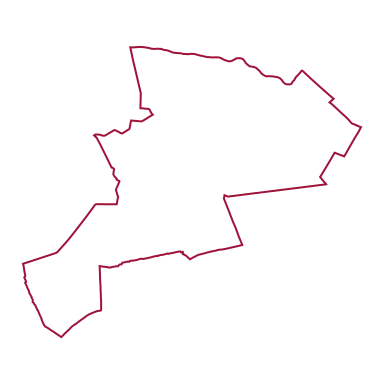 the district of Boldur, Timis, Romania
{"feature_id": "2599482B65945802034893", "entity_name": "Boldur", "entity_type": "district", "adm_level": 2, "iso_a3": "ROU", "parent_name": "Romania", "parent_adm1": "Timis", "projection": "equal_earth", "projection_center": [21.738, 45.676], "detail": "fine", "context": "isolated", "style": "outline", "palette": "rose", "viewbox_px": 384, "rotation_deg": 0, "n_neighbors": 0, "source": "geoboundaries", "source_scale": "gbopen_adm2", "svg_char_len": 5724}
<svg xmlns="http://www.w3.org/2000/svg" viewBox="0 0 384 384"><path d="M300.6,187.5L326.1,184.3L325.7,183.7L325.6,183.4L324.0,181.8L322.6,180.1L320.1,176.9L320.6,176.3L325.3,168.5L327.7,164.5L330.1,160.5L334.6,152.7L344.2,156.4L346.0,153.3L350.8,144.9L353.2,140.7L355.5,136.7L357.0,134.4L358.3,132.3L361.0,127.2L356.6,125.5L356.6,125.3L351.6,123.3L348.3,119.4L346.1,117.2L343.3,114.7L338.4,110.2L336.1,108.0L331.6,103.9L329.5,102.4L333.6,98.8L327.6,93.6L319.0,86.0L310.3,78.1L304.9,73.0L302.4,70.7L301.6,70.7L300.6,72.1L298.3,74.7L295.7,77.4L295.2,78.3L294.4,79.9L292.5,81.9L291.6,83.6L291.1,84.0L290.3,84.3L289.2,84.4L287.1,84.3L286.0,84.2L284.8,83.5L284.3,83.1L283.3,82.2L282.0,80.3L280.9,79.1L279.8,78.2L278.2,77.4L276.7,77.0L272.6,76.4L268.3,76.1L267.7,76.3L266.5,76.2L266.1,76.3L265.8,76.2L265.6,76.1L264.6,75.6L263.4,74.9L263.0,74.7L262.8,74.5L261.7,73.6L261.2,73.2L260.6,72.4L260.4,72.1L260.3,71.9L260.1,71.6L259.8,71.2L258.2,69.8L256.8,68.4L256.6,68.2L255.0,67.4L254.5,67.2L252.4,66.7L250.4,66.4L249.7,66.3L249.4,66.1L249.1,65.9L246.8,64.0L246.3,63.5L245.6,62.8L245.1,61.9L244.4,61.0L244.2,60.5L244.0,60.3L243.1,59.3L242.6,59.0L242.3,58.8L241.7,58.6L240.6,58.3L239.0,58.2L238.0,58.2L236.8,58.3L235.5,58.9L234.6,59.3L234.3,59.6L232.6,60.5L232.0,60.8L230.4,61.2L229.3,61.3L228.9,61.3L228.0,61.1L224.9,60.1L222.9,59.2L221.5,58.4L221.0,58.1L220.0,57.7L219.5,57.6L218.6,57.4L217.2,57.3L214.9,57.3L213.1,57.4L212.3,57.4L211.9,57.4L211.4,57.4L208.9,57.1L207.4,57.1L206.4,56.9L204.1,56.4L202.5,56.0L201.0,55.7L199.2,55.3L197.3,54.8L195.5,54.2L193.4,53.9L192.3,53.9L191.7,53.9L190.5,53.9L188.3,54.1L187.4,54.3L187.1,54.1L186.4,54.0L184.0,54.0L183.4,54.0L180.9,53.3L180.5,53.2L177.9,53.1L175.9,52.9L174.3,52.8L173.2,52.6L171.8,52.1L170.7,51.7L169.6,51.1L168.0,50.6L166.9,50.3L164.0,49.9L162.9,49.6L161.6,49.0L161.5,48.9L161.1,48.8L160.9,48.8L160.5,49.0L160.1,49.0L159.6,48.9L157.9,48.7L157.7,48.7L156.2,48.8L154.5,48.9L153.8,49.0L153.4,48.9L152.7,48.8L151.8,48.8L151.4,48.7L150.3,48.4L150.1,48.3L149.6,48.2L148.4,47.9L147.6,47.8L146.3,47.5L145.4,47.4L140.4,46.9L137.8,47.1L136.0,47.1L135.5,47.1L134.5,47.4L133.5,47.3L132.2,47.4L130.9,47.3L130.3,47.3L132.7,58.7L135.0,68.5L140.8,93.3L140.4,108.2L148.2,108.9L148.8,109.0L149.5,109.5L151.2,112.9L152.8,114.7L148.1,117.5L146.4,118.7L142.1,121.2L141.2,121.4L131.1,120.5L129.8,127.0L129.5,128.9L122.2,133.5L120.1,132.8L119.3,132.2L115.2,130.2L114.6,130.1L114.1,130.2L105.0,135.6L104.6,135.7L102.4,135.6L99.7,134.7L98.5,134.5L95.4,134.6L95.0,134.7L94.1,135.4L96.5,137.6L97.2,138.7L100.1,144.2L107.1,158.3L111.6,167.6L112.6,167.7L112.8,167.9L113.1,168.2L113.7,168.6L114.0,169.0L114.2,169.6L114.0,170.0L113.8,170.4L113.6,172.2L113.5,173.0L113.4,173.7L113.4,174.4L113.8,175.3L114.6,176.6L116.6,178.5L116.6,178.9L116.6,179.3L116.6,179.6L116.8,179.8L119.3,181.0L119.5,181.3L117.6,185.8L116.1,189.2L115.9,189.8L117.8,196.2L118.2,196.9L118.2,197.3L117.8,198.0L117.5,199.8L116.7,204.3L96.7,204.2L96.1,204.2L95.5,204.5L94.9,204.9L92.6,208.2L85.4,217.9L74.8,231.6L69.1,238.8L65.6,242.9L57.8,251.6L57.0,252.3L56.4,252.8L53.2,253.9L23.0,263.8L23.3,264.5L23.5,265.8L23.6,266.1L23.7,266.9L24.0,268.3L24.1,269.7L24.3,270.7L24.5,271.5L24.5,272.0L24.7,273.0L25.1,274.6L25.2,275.4L25.2,275.9L25.1,276.4L24.8,276.8L24.5,277.1L24.3,277.4L24.4,277.5L24.8,278.7L25.0,279.1L25.1,279.3L25.6,280.3L25.8,280.9L26.1,282.0L25.9,282.3L25.7,282.4L25.2,282.6L25.9,284.6L26.5,285.6L27.0,286.8L27.7,288.5L29.0,291.2L29.1,291.6L29.1,291.9L29.1,292.3L29.3,293.1L29.4,293.3L29.9,293.9L30.4,294.8L30.6,295.3L31.4,296.7L32.0,298.5L32.6,299.5L32.8,300.2L32.7,301.2L32.6,301.6L32.7,301.9L32.8,302.2L33.4,302.6L33.7,302.9L33.8,303.1L34.0,303.6L34.2,304.0L34.4,304.3L34.8,304.6L35.3,305.2L35.5,305.5L35.6,305.8L35.6,306.1L35.7,306.3L37.6,310.3L37.9,310.5L38.3,311.4L38.4,311.7L38.6,312.2L39.0,313.1L39.4,314.1L40.9,317.5L41.5,318.6L41.6,319.5L42.0,320.4L42.6,322.1L43.2,323.1L44.1,325.0L44.8,326.1L44.9,326.4L45.3,326.5L49.1,328.8L49.6,329.2L51.2,330.3L51.6,330.6L52.4,331.0L54.1,332.2L56.8,334.0L58.7,335.3L61.3,337.1L62.0,336.4L63.3,335.2L64.1,334.2L64.8,333.5L67.2,331.3L68.4,330.1L69.1,329.6L70.5,328.0L71.8,326.7L72.1,326.5L72.7,326.0L74.4,324.7L75.5,324.2L79.7,320.9L80.5,320.4L81.7,319.5L83.5,318.2L84.6,317.4L85.8,316.6L86.8,315.7L89.2,314.3L94.7,312.0L96.9,311.2L98.1,310.9L99.4,310.9L100.3,310.6L101.1,310.2L101.2,307.6L101.1,304.2L101.2,301.7L100.8,296.6L100.9,295.8L100.6,291.2L100.7,290.2L100.5,288.6L100.6,287.1L100.2,281.0L99.9,273.4L100.0,272.6L99.9,272.2L99.7,267.5L99.6,266.1L110.1,267.6L112.5,266.9L115.0,266.5L116.7,266.2L117.9,266.3L118.7,265.5L119.1,264.9L119.8,264.5L120.1,264.4L120.5,264.4L121.0,264.4L121.4,264.4L121.8,263.9L122.0,263.5L122.1,263.0L122.3,262.8L123.3,262.5L124.2,262.4L126.7,261.8L128.1,261.5L128.6,261.5L129.2,261.8L129.6,261.2L130.0,261.0L130.6,260.8L132.5,260.5L133.0,260.7L135.1,260.3L137.5,259.8L139.5,259.1L141.6,258.6L142.4,258.9L143.0,259.0L143.6,258.9L144.1,258.8L146.1,258.4L149.0,257.7L150.4,257.5L151.1,257.3L152.6,256.8L157.3,255.8L157.6,256.0L157.9,256.0L159.6,255.2L161.6,254.9L163.3,254.7L167.7,253.5L168.2,253.9L169.2,253.6L173.3,252.8L178.0,251.7L181.1,251.3L180.9,251.4L180.7,251.7L180.8,252.1L181.3,252.4L181.7,252.4L182.3,252.0L182.8,251.8L183.0,252.1L183.0,252.3L182.7,253.2L182.7,253.7L182.8,254.1L183.0,254.2L183.8,254.3L184.2,254.6L184.5,255.1L185.0,255.2L185.6,255.3L190.0,259.3L192.7,257.7L197.2,255.4L197.9,255.0L198.9,254.7L205.4,253.1L206.4,252.7L211.4,251.5L216.4,250.5L217.3,250.1L219.4,249.7L220.3,249.7L223.4,249.3L226.8,248.6L236.4,246.4L237.4,246.2L242.3,245.0L240.3,240.2L238.9,236.9L235.8,228.3L232.7,221.1L230.6,215.6L228.6,210.4L223.9,198.5L224.5,195.2L227.9,196.6L250.9,193.7L300.6,187.5Z" fill="none" stroke="#9f1239" stroke-width="2"/></svg>